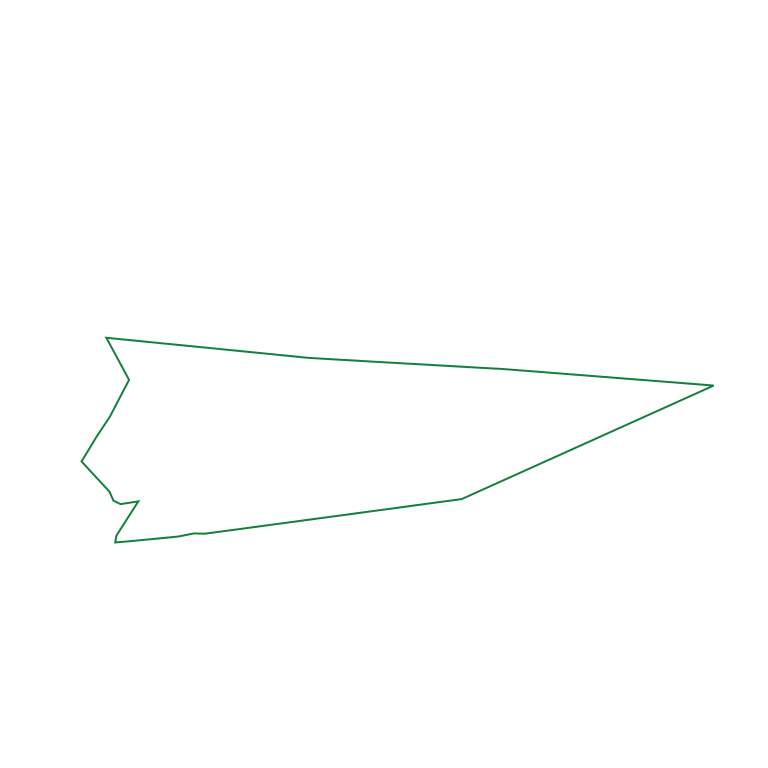 outline of Oualata, Hodh ech Chargui, Mauritania, rotated 71°
{"feature_id": "47542326B56395627841614", "entity_name": "Oualata", "entity_type": "district", "adm_level": 2, "iso_a3": "MRT", "parent_name": "Mauritania", "parent_adm1": "Hodh ech Chargui", "projection": "robinson", "projection_center": [-7.469, 19.742], "detail": "fine", "context": "isolated", "style": "outline", "palette": "green", "viewbox_px": 768, "rotation_deg": 71, "n_neighbors": 0, "source": "geoboundaries", "source_scale": "gbopen_adm2", "svg_char_len": 464}
<svg xmlns="http://www.w3.org/2000/svg" viewBox="0 0 768 768"><g transform="rotate(71 384 384)"><path d="M360.7,383.7L334.8,446.7L249.9,631.5L254.5,630.7L297.1,623.7L325.8,654.0L339.9,672.5L358.8,695.2L378.8,686.4L396.5,678.6L406.2,677.8L411.8,672.2L415.0,654.5L440.2,686.3L446.3,689.7L450.1,674.7L461.1,628.8L461.5,626.3L463.4,612.4L467.2,602.2L518.1,348.1L492.8,72.8L407.9,268.2L400.4,286.7L360.7,383.7Z" fill="none" stroke="#15803d" stroke-width="2"/></g></svg>